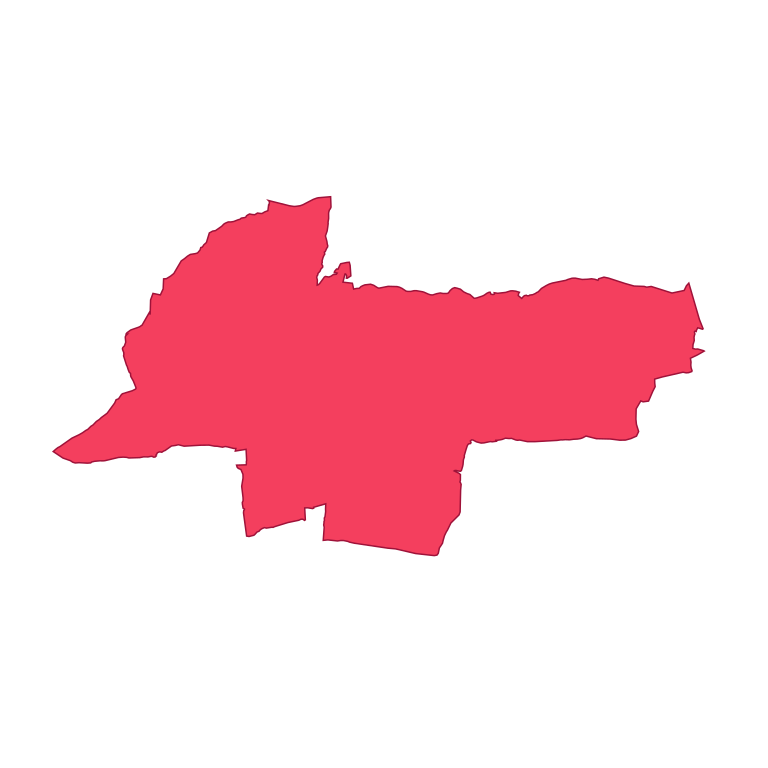 the district of Greci, Mehedinti, Romania, rotated 17°
{"feature_id": "2599482B189071203417", "entity_name": "Greci", "entity_type": "district", "adm_level": 2, "iso_a3": "ROU", "parent_name": "Romania", "parent_adm1": "Mehedinti", "projection": "orthographic", "projection_center": [23.11, 44.567], "detail": "fine", "context": "isolated", "style": "filled", "palette": "rose", "viewbox_px": 768, "rotation_deg": 17, "n_neighbors": 0, "source": "geoboundaries", "source_scale": "gbopen_adm2", "svg_char_len": 6165}
<svg xmlns="http://www.w3.org/2000/svg" viewBox="0 0 768 768"><g transform="rotate(17 384 384)"><path d="M640.7,360.0L641.4,355.0L637.2,348.8L635.2,344.0L632.4,334.0L634.5,325.1L637.0,325.3L642.0,323.0L643.2,312.2L644.1,307.3L642.7,304.1L641.4,300.2L647.9,296.0L666.5,285.3L669.7,285.0L672.0,284.1L674.7,282.1L674.7,281.2L673.0,278.8L671.9,276.3L671.2,273.3L669.5,269.8L675.1,264.7L680.6,258.9L679.9,258.7L673.8,258.8L671.7,259.6L668.9,259.7L668.0,255.9L668.0,251.8L666.8,248.6L666.6,246.3L666.7,245.3L665.9,244.1L665.6,243.1L666.1,242.4L667.2,242.5L667.1,241.0L667.6,238.5L672.6,238.5L673.0,237.9L666.7,230.0L646.0,198.4L644.5,201.6L643.7,206.8L632.8,212.8L611.0,212.6L606.9,214.6L604.3,214.6L594.6,217.2L585.1,217.4L567.7,217.1L563.1,217.5L558.5,220.6L558.3,222.3L555.1,222.2L551.7,222.7L548.3,224.2L542.9,226.1L536.2,226.8L533.0,227.8L529.2,230.3L527.7,231.6L515.5,238.2L512.8,240.1L510.4,242.4L506.6,246.6L504.6,250.7L503.1,252.1L502.4,253.1L500.1,255.1L497.3,256.4L496.8,257.2L495.1,257.8L494.2,257.5L492.4,258.5L491.5,260.0L490.7,261.9L486.5,260.2L486.3,258.1L486.7,256.7L482.9,256.7L479.6,257.3L477.7,258.0L473.6,260.8L471.1,261.9L466.2,264.0L462.7,264.5L463.3,265.6L462.9,266.2L461.3,266.8L459.7,266.7L458.8,265.2L457.7,265.5L455.8,267.2L453.9,269.7L452.4,271.1L447.6,274.5L445.8,275.5L445.0,275.6L440.0,273.3L436.9,273.2L433.2,272.6L429.4,271.0L425.8,271.0L423.4,271.2L421.5,272.7L419.9,275.3L419.0,278.1L417.8,279.0L413.8,280.2L411.2,280.5L408.0,282.2L404.5,284.6L402.6,285.1L400.4,285.1L395.4,284.5L393.9,284.5L387.6,285.3L385.4,286.0L382.6,287.6L379.7,288.5L377.9,288.7L373.3,287.3L370.6,286.9L368.1,287.0L359.4,289.4L351.0,293.9L349.2,293.7L345.3,292.6L342.0,292.5L336.7,294.8L334.8,296.3L333.4,297.7L332.4,299.7L329.7,300.7L327.2,302.1L324.3,296.9L315.0,298.6L314.5,290.3L315.1,290.0L316.6,291.3L317.1,293.8L317.9,293.6L320.7,290.3L316.9,280.4L315.2,277.7L313.0,278.6L307.5,281.6L307.2,282.4L306.4,287.6L305.0,287.9L303.8,290.7L303.9,292.0L305.6,291.6L306.8,291.6L306.4,293.0L303.5,294.2L301.9,296.3L300.0,297.8L296.5,298.3L295.7,299.2L293.1,306.7L292.2,308.2L291.2,309.0L289.9,304.1L288.5,301.8L288.4,300.0L288.8,299.0L288.5,297.6L289.8,295.0L290.1,292.4L291.2,290.3L290.9,289.0L289.3,287.5L289.4,285.8L288.8,284.2L288.7,280.9L289.0,278.4L289.4,277.2L288.4,275.3L289.1,274.5L289.5,271.1L290.0,269.5L289.8,268.2L288.8,266.7L287.7,264.3L284.7,259.5L284.9,254.3L284.3,250.3L283.7,246.9L283.2,245.7L282.7,242.0L281.1,236.9L280.9,235.7L280.9,233.6L281.5,231.8L281.6,230.3L278.2,220.5L266.7,225.1L265.3,225.9L262.4,228.1L253.9,236.4L251.6,238.1L247.7,239.9L246.1,240.5L241.5,241.2L219.8,242.3L221.2,243.1L221.7,246.4L221.3,246.5L222.3,252.2L219.6,254.3L217.5,256.6L215.6,257.1L213.0,257.5L210.9,259.9L208.1,260.5L205.8,260.7L204.6,261.8L203.3,263.4L203.1,264.7L202.4,265.4L199.0,267.1L198.0,268.7L196.6,269.5L192.8,272.5L190.4,273.7L187.6,274.6L185.2,276.6L184.0,278.0L182.7,280.6L178.0,286.6L175.4,287.9L172.8,290.6L172.8,300.6L171.0,303.6L170.3,306.1L168.9,307.1L168.9,309.7L167.4,313.2L165.4,314.5L160.9,316.7L158.7,319.2L156.6,322.4L154.1,325.6L150.7,339.8L148.3,343.3L145.1,346.9L142.5,347.9L145.0,357.6L144.1,364.2L136.6,364.9L136.2,371.8L140.1,386.0L138.8,383.7L135.4,398.6L134.9,399.0L133.8,400.5L132.5,401.6L126.1,406.3L123.3,410.0L122.7,411.6L122.7,411.9L123.0,412.1L123.9,411.6L122.9,413.4L122.8,414.3L123.0,415.2L124.8,419.6L124.6,423.5L123.6,425.4L123.5,426.5L124.0,427.6L125.9,430.0L126.6,431.9L126.7,433.2L132.2,441.2L133.2,442.2L135.2,445.1L137.0,447.3L138.5,448.0L139.3,450.2L139.9,451.1L143.3,454.3L147.8,459.9L148.1,460.9L147.9,461.5L145.3,464.0L136.7,469.8L136.0,470.9L134.5,475.7L132.4,477.4L132.0,480.9L127.8,492.9L123.5,498.7L122.1,501.2L119.9,503.9L117.6,508.4L116.1,510.1L114.0,514.0L112.3,515.7L110.1,518.6L107.3,521.6L101.4,527.0L92.3,538.7L90.8,540.1L89.1,542.5L87.4,545.3L98.7,548.7L106.4,549.0L109.2,549.8L111.8,549.8L115.4,548.4L123.5,546.4L126.6,545.2L127.2,544.1L129.9,542.5L134.8,540.5L137.9,539.6L139.6,538.9L151.5,531.9L155.9,530.2L159.3,529.4L161.7,529.3L172.0,525.8L175.5,523.9L179.7,522.7L182.2,521.4L183.3,521.0L185.0,521.3L186.4,520.8L187.1,519.6L186.9,519.6L186.8,518.2L187.3,517.1L187.2,516.4L187.6,515.8L189.2,514.5L191.5,514.2L192.9,512.5L194.1,511.6L198.9,505.4L202.4,503.8L205.1,502.2L211.0,501.9L226.1,496.3L234.5,493.6L240.0,493.0L242.7,492.3L248.1,491.6L250.4,490.2L252.5,489.9L259.0,489.6L261.2,489.0L261.4,491.6L271.2,486.8L275.0,497.3L275.0,498.3L275.8,500.8L275.8,501.6L266.7,504.7L267.9,506.5L269.3,507.3L272.2,507.6L275.5,511.6L276.7,515.2L277.8,523.4L282.3,533.6L283.3,536.5L283.3,537.6L283.1,538.6L283.7,540.3L285.6,544.0L287.1,544.3L287.3,545.1L286.9,545.8L286.9,546.3L287.3,548.3L297.1,569.6L299.5,569.3L303.8,566.7L304.5,565.6L305.9,562.6L307.5,561.4L308.3,559.6L309.4,558.2L311.6,556.3L313.6,556.2L318.6,553.8L319.9,553.5L321.1,552.4L332.6,544.6L342.4,539.2L344.0,537.7L345.2,537.2L346.4,537.1L347.8,537.7L348.5,536.9L344.4,525.7L347.2,524.7L352.2,524.0L353.1,523.2L352.7,522.5L363.3,515.6L364.6,520.5L365.5,523.1L366.4,528.2L366.1,529.6L367.0,532.1L366.8,532.8L367.3,534.8L367.5,536.4L368.7,538.5L371.6,551.3L375.9,549.5L385.4,547.7L388.4,546.3L391.1,545.5L395.4,545.1L397.4,545.3L402.5,544.9L435.5,539.9L443.2,538.3L463.8,536.9L482.3,533.4L484.7,532.1L485.4,530.0L484.9,524.6L486.5,519.2L486.3,516.5L486.2,511.4L486.8,507.3L487.4,505.1L488.6,497.4L494.0,487.3L494.2,484.1L488.3,463.1L487.1,457.4L485.7,455.7L485.2,455.5L485.2,453.8L483.6,448.3L482.2,447.6L480.9,447.3L476.5,446.6L476.9,446.1L478.1,445.6L481.2,445.4L482.6,445.1L483.3,444.2L483.3,439.9L483.1,437.8L482.1,433.2L482.2,430.3L481.7,429.0L481.6,422.4L481.7,418.4L482.3,416.6L484.2,415.6L484.3,414.4L483.5,413.7L483.2,413.1L484.3,411.7L485.6,411.6L489.3,412.3L494.1,412.1L496.8,411.1L502.4,408.0L504.5,407.6L508.4,405.8L508.2,405.4L506.8,405.0L508.2,405.0L511.7,403.3L513.3,402.4L516.0,400.3L519.5,399.6L521.9,398.7L526.3,399.0L528.1,398.8L530.2,397.9L538.0,397.2L545.2,395.0L566.1,387.3L569.7,385.6L570.7,385.4L573.7,384.2L577.8,383.1L581.5,381.4L585.3,380.0L587.9,378.7L589.7,377.4L592.4,374.7L603.1,374.2L616.7,370.4L625.9,368.8L631.4,367.0L636.1,364.0L640.7,360.0Z" fill="#f43f5e" stroke="#9f1239" stroke-width="1.5"/></g></svg>